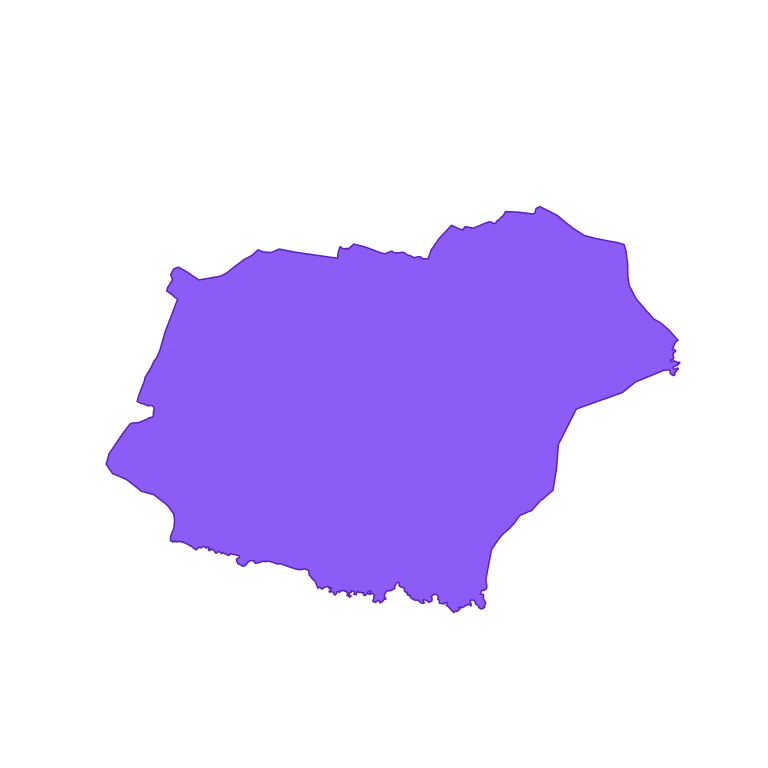 Kafin Hausa, Jigawa, Nigeria (Mercator projection), rotated 33°
{"feature_id": "59680162B31389051207927", "entity_name": "Kafin Hausa", "entity_type": "district", "adm_level": 2, "iso_a3": "NGA", "parent_name": "Nigeria", "parent_adm1": "Jigawa", "projection": "mercator", "projection_center": [10.036, 12.162], "detail": "fine", "context": "isolated", "style": "filled", "palette": "violet", "viewbox_px": 768, "rotation_deg": 33, "n_neighbors": 0, "source": "geoboundaries", "source_scale": "gbopen_adm2", "svg_char_len": 6170}
<svg xmlns="http://www.w3.org/2000/svg" viewBox="0 0 768 768"><g transform="rotate(33 384 384)"><path d="M151.1,424.3L156.8,424.5L164.8,425.5L172.0,459.4L177.5,477.2L179.0,484.7L178.8,490.8L179.8,498.3L180.0,508.5L181.5,512.4L184.5,527.0L186.4,533.0L190.5,532.7L194.5,531.3L196.9,531.1L198.2,530.8L199.2,529.6L200.8,528.7L201.9,528.4L203.6,528.9L205.1,530.3L205.7,532.9L207.4,535.5L208.0,537.0L206.8,539.0L205.2,540.6L204.1,542.9L199.2,550.1L195.0,553.2L193.3,555.0L192.8,555.8L191.8,568.2L191.4,592.3L194.0,600.3L194.5,602.5L205.2,607.0L209.2,606.2L220.4,604.3L239.1,606.1L251.2,602.2L268.2,603.6L278.6,607.6L282.3,612.0L286.0,618.5L288.1,628.3L290.3,631.7L292.2,631.6L293.9,630.8L294.0,629.4L295.4,629.7L297.0,628.8L297.7,627.3L300.2,627.0L301.1,626.0L302.2,626.2L304.4,625.5L306.2,625.6L308.1,624.9L309.5,625.6L310.3,624.8L312.1,625.2L314.6,625.4L316.9,625.3L317.2,624.1L317.1,622.2L320.1,620.8L320.5,618.9L321.9,618.3L324.4,618.4L324.8,616.9L325.7,616.5L326.9,617.0L326.9,618.6L328.0,619.0L328.7,618.1L328.9,616.3L333.3,616.4L334.5,617.6L335.7,616.9L336.4,614.5L338.0,614.4L340.3,614.7L340.3,613.3L342.1,613.3L344.5,612.6L346.0,612.8L347.5,611.9L347.3,609.9L348.6,609.7L350.4,609.0L352.5,608.1L356.1,607.0L357.0,607.9L357.0,609.0L355.9,610.1L355.9,611.8L357.0,612.8L359.3,614.2L364.9,613.7L366.3,612.3L366.8,610.2L367.0,607.6L367.7,605.5L368.6,604.6L370.2,603.8L370.8,602.9L371.7,603.0L372.3,604.1L374.1,604.4L375.5,603.0L378.3,599.4L379.8,598.0L381.9,597.4L382.3,596.2L387.7,594.0L391.8,593.4L395.9,590.8L403.9,589.1L411.0,587.1L412.8,586.5L416.3,584.4L417.6,582.4L421.3,581.5L422.9,581.8L424.3,583.9L425.2,584.9L426.6,585.2L430.9,586.8L433.4,586.8L439.8,591.3L440.5,589.6L443.4,589.7L444.2,589.4L443.9,588.5L445.7,585.9L447.0,584.4L447.8,584.2L448.3,585.1L449.1,585.3L449.5,584.0L451.6,584.1L450.9,585.8L451.1,588.1L452.0,588.2L452.2,586.9L454.7,586.5L456.0,586.8L456.8,587.7L458.0,587.5L458.1,586.5L458.3,585.3L457.7,584.4L458.1,583.5L460.3,582.8L459.8,581.8L460.2,581.0L461.6,580.5L461.9,579.5L463.4,578.9L464.3,579.2L465.0,578.4L465.8,578.4L466.3,579.2L467.5,579.5L468.1,580.3L468.1,581.4L469.0,581.6L470.1,581.0L471.3,581.4L472.0,579.9L470.2,579.7L468.3,578.4L470.1,576.1L469.3,575.1L470.5,574.5L472.1,574.5L473.3,575.4L473.3,576.8L475.4,575.9L474.9,574.1L474.7,572.2L475.8,572.5L476.9,572.2L478.1,571.3L479.5,571.0L480.4,570.2L481.1,570.8L481.6,572.0L483.1,572.0L483.6,570.4L484.2,569.0L483.5,567.4L484.9,565.0L485.8,565.0L486.2,566.3L485.5,567.5L485.3,568.2L485.7,568.5L486.4,568.3L488.3,566.0L489.3,565.9L491.2,566.7L491.3,568.2L492.3,569.5L492.8,571.8L493.1,572.4L495.8,571.9L496.5,570.0L497.3,568.4L498.4,568.4L499.8,569.7L501.0,568.0L501.4,566.0L501.3,564.6L502.6,563.6L502.0,562.6L500.6,562.5L499.0,560.3L499.0,556.7L499.3,555.6L500.3,555.2L502.1,553.8L504.4,549.9L503.1,547.4L503.1,543.6L503.9,542.7L505.5,542.9L506.3,544.7L508.0,545.2L510.3,544.5L512.7,544.4L513.6,546.2L515.3,546.9L517.0,546.2L518.2,548.0L519.6,548.0L520.5,546.9L521.3,547.0L522.0,548.4L524.5,548.8L527.2,548.6L529.1,547.6L530.3,546.5L532.1,547.3L534.2,547.4L536.3,546.8L537.0,545.5L534.5,544.4L535.0,543.0L537.1,542.5L539.1,542.3L540.4,542.8L541.5,541.4L542.3,539.7L541.1,537.7L539.4,536.4L540.0,534.7L540.4,533.3L542.1,532.1L544.7,532.1L545.9,533.2L545.6,534.4L546.3,535.3L547.7,535.2L549.9,537.6L551.5,536.9L553.8,536.2L554.9,533.5L555.8,532.9L556.7,533.6L556.5,535.5L559.2,535.7L564.8,537.3L567.0,537.6L567.4,535.8L569.4,534.6L569.9,533.0L570.2,531.2L568.4,530.8L568.9,530.0L571.4,529.1L574.3,523.4L574.9,522.7L576.8,522.8L577.7,522.6L577.5,521.5L574.7,519.4L574.5,518.6L575.0,517.3L577.3,516.5L579.6,517.1L580.2,518.4L584.6,518.9L585.2,519.9L588.0,519.8L589.6,517.8L590.0,516.2L588.9,515.1L588.9,513.2L588.5,512.3L586.6,511.0L584.0,509.8L582.7,507.1L582.0,506.4L579.2,507.8L578.6,505.4L578.5,503.7L580.3,502.6L581.2,500.4L581.4,499.3L579.2,496.0L577.0,494.1L575.2,490.8L564.3,464.1L564.6,450.3L565.7,444.0L567.4,438.7L569.0,431.1L569.5,420.5L575.1,411.8L576.7,409.9L578.7,396.5L580.0,393.9L581.2,388.8L583.6,381.1L574.8,361.0L563.2,339.9L558.9,300.2L588.6,261.3L593.8,245.3L611.5,219.8L612.3,219.5L613.2,218.7L613.9,217.7L614.9,217.1L615.8,217.1L616.5,217.2L617.0,217.5L618.1,219.2L620.2,219.5L622.1,219.3L622.7,218.9L623.0,218.1L622.6,217.4L622.0,216.9L621.6,216.2L621.9,215.6L622.2,214.7L622.2,213.8L622.1,212.9L622.4,212.1L622.6,211.2L622.2,210.6L621.4,210.8L620.8,211.6L620.3,212.9L619.4,213.4L618.5,213.4L617.7,213.0L617.6,212.0L619.1,209.4L620.0,208.6L620.1,206.9L620.5,205.1L619.6,204.9L619.1,205.3L618.9,206.0L618.5,206.8L617.7,206.4L616.8,206.1L615.5,206.4L614.4,206.8L613.4,208.3L612.5,208.7L611.7,208.4L611.5,207.3L612.1,206.9L612.6,206.3L612.9,205.4L612.9,204.6L612.5,204.1L611.4,203.2L610.9,203.0L610.7,202.0L609.6,199.9L610.5,198.9L610.7,197.9L610.4,197.2L609.9,197.0L609.3,197.1L607.7,198.0L607.0,198.2L606.6,197.8L606.7,196.6L607.0,196.1L606.4,195.4L606.1,193.9L606.1,192.6L605.6,190.3L606.7,187.2L593.7,183.6L583.4,182.1L574.8,182.5L562.0,179.1L555.3,177.0L549.4,175.4L536.1,167.9L529.6,160.6L523.0,150.7L514.3,140.5L509.4,136.3L503.1,138.1L494.1,141.9L482.8,146.4L471.1,150.4L458.2,150.4L449.8,149.8L437.6,148.2L418.1,150.3L416.1,153.7L416.1,154.8L417.4,157.9L416.9,159.6L415.5,160.7L412.7,162.0L403.7,166.4L394.5,171.7L392.0,173.2L392.0,174.5L392.3,175.4L392.3,177.0L392.1,179.0L391.5,180.1L390.9,183.9L390.7,184.1L389.9,185.7L389.7,186.7L390.0,187.3L390.1,187.9L390.1,188.7L390.0,188.9L387.4,189.7L384.7,190.0L384.4,190.2L381.5,193.7L374.2,204.5L366.4,207.8L366.5,208.3L366.2,208.9L366.2,209.7L366.5,211.5L363.2,212.9L354.2,214.1L351.0,231.9L350.6,245.7L352.7,254.9L348.3,257.9L345.1,257.4L342.5,259.4L340.5,261.7L336.5,262.0L333.5,263.0L329.0,262.8L326.7,264.3L324.2,266.5L320.4,268.5L318.0,268.3L313.6,274.6L308.8,276.0L293.6,279.3L282.5,283.1L280.4,290.5L279.4,290.5L279.1,290.3L278.8,290.8L278.1,291.6L276.2,292.8L272.5,292.8L272.6,293.6L273.9,298.6L276.5,303.9L274.7,304.7L237.3,322.0L222.6,327.9L218.0,335.0L211.3,338.8L205.2,340.2L203.2,348.1L198.8,356.0L194.5,367.8L191.6,376.5L188.0,382.8L171.9,397.7L158.2,397.3L148.1,397.9L145.0,401.9L145.5,408.2L149.9,412.0L150.0,421.0L151.1,424.3Z" fill="#8b5cf6" stroke="#5b21b6" stroke-width="1.5"/></g></svg>